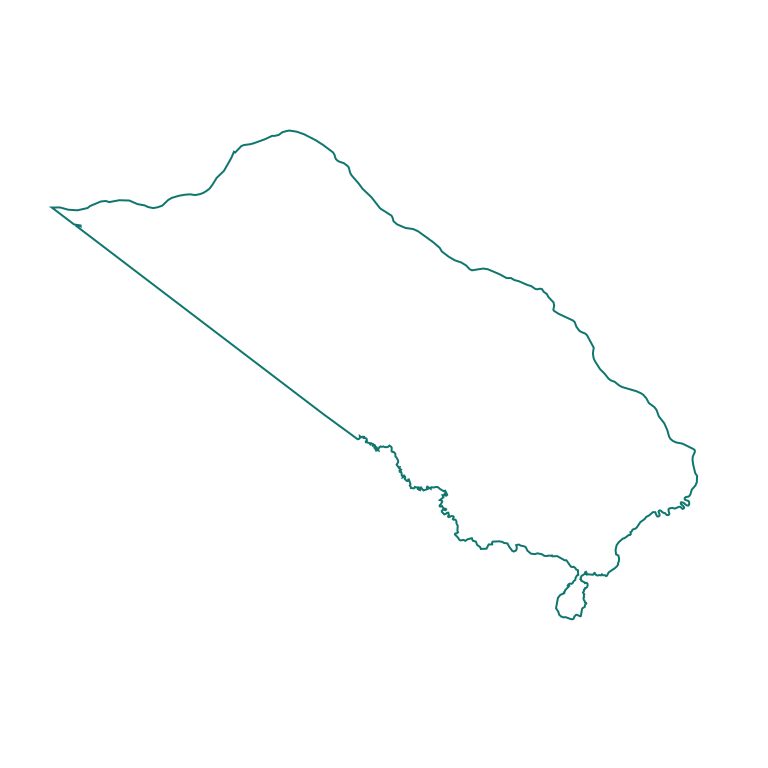 Yondó (Casabe), Antioquia, Colombia, rotated 259°
{"feature_id": "7082276B5745739675661", "entity_name": "Yondó (Casabe)", "entity_type": "district", "adm_level": 2, "iso_a3": "COL", "parent_name": "Colombia", "parent_adm1": "Antioquia", "projection": "orthographic", "projection_center": [-74.31, 6.963], "detail": "fine", "context": "isolated", "style": "outline", "palette": "teal", "viewbox_px": 768, "rotation_deg": 259, "n_neighbors": 0, "source": "geoboundaries", "source_scale": "gbopen_adm2", "svg_char_len": 6164}
<svg xmlns="http://www.w3.org/2000/svg" viewBox="0 0 768 768"><g transform="rotate(259 384 384)"><path d="M334.8,347.6L334.8,348.7L335.6,350.0L337.5,350.3L336.1,351.5L336.3,353.2L335.9,354.3L334.9,353.8L334.2,355.9L333.3,356.5L331.6,356.4L331.2,355.2L330.4,355.1L328.9,358.2L327.4,359.0L328.4,359.9L327.0,361.8L326.0,361.0L325.5,361.2L325.9,362.9L325.5,363.4L323.8,362.6L323.9,363.9L323.4,364.4L322.7,362.9L320.1,363.6L320.2,364.1L321.6,364.1L322.0,364.5L320.4,364.8L319.7,365.9L321.1,365.8L322.7,367.2L323.4,368.7L322.7,369.9L322.8,371.4L321.8,372.9L321.4,375.6L322.5,377.6L320.9,379.1L319.9,379.4L316.7,378.6L315.7,379.2L315.6,380.4L313.6,381.8L310.6,381.4L309.6,382.2L306.3,383.2L304.6,383.0L302.4,381.0L299.6,382.3L299.4,383.6L298.2,382.9L296.8,384.3L296.0,382.8L295.0,382.6L294.7,382.9L295.2,383.4L295.0,383.9L293.3,384.2L290.7,384.0L290.3,385.9L288.7,384.6L288.9,386.9L287.9,386.9L286.7,386.3L284.6,387.8L284.3,388.7L285.7,389.7L285.6,390.2L280.8,390.9L279.3,389.9L278.2,390.6L276.7,390.6L275.9,393.5L277.1,394.8L276.3,395.7L276.0,398.2L275.4,398.8L274.9,397.3L274.2,397.2L272.9,399.2L275.2,400.7L272.0,402.4L272.6,406.8L274.3,406.3L275.0,406.9L272.2,409.9L273.4,410.2L273.6,410.8L273.0,412.6L272.9,416.3L272.2,417.5L270.3,418.9L267.4,422.1L267.6,423.7L263.2,424.9L262.5,424.0L262.7,423.2L264.8,423.9L265.4,423.6L265.1,422.9L263.5,421.9L263.7,420.2L261.4,420.7L259.4,416.7L258.4,418.5L257.6,418.8L255.4,417.2L254.3,415.6L253.3,415.3L252.9,415.9L253.0,417.8L250.6,418.4L249.9,420.4L249.2,421.1L248.4,420.4L249.5,418.2L248.4,416.5L247.5,416.4L244.5,418.3L244.8,420.2L245.5,421.3L245.4,422.6L243.0,422.7L242.1,421.7L241.3,421.7L240.9,422.3L241.5,424.9L241.1,426.5L240.2,427.1L238.1,425.8L237.5,426.4L237.4,427.8L236.6,428.6L235.0,428.9L233.5,428.5L230.8,429.3L225.7,428.0L224.3,428.4L223.6,426.9L223.6,425.3L222.7,424.9L219.3,427.2L216.6,428.3L215.9,429.1L215.7,432.5L214.5,433.8L215.6,436.5L215.9,440.8L213.2,441.3L211.8,444.1L208.3,444.7L205.5,447.3L203.6,447.6L202.8,453.2L206.5,456.1L205.9,459.6L207.9,459.9L208.5,460.7L207.6,467.0L206.4,470.1L205.1,471.4L203.9,474.8L200.5,475.8L195.8,478.0L194.8,479.4L195.2,481.5L196.4,482.6L198.2,483.2L200.6,483.0L200.7,485.7L199.3,487.3L198.0,490.5L196.8,492.0L193.0,493.0L189.4,495.9L188.2,499.7L188.5,502.3L186.8,506.5L184.7,508.6L184.0,511.5L184.2,512.9L183.5,515.1L183.7,516.1L182.7,516.4L182.0,521.2L176.3,527.9L176.2,529.4L169.2,532.5L168.5,533.6L168.3,535.5L166.5,536.9L165.3,537.2L164.3,538.8L159.5,538.2L159.3,537.0L157.1,535.0L155.2,534.4L154.1,532.3L152.5,531.1L152.1,530.0L152.6,528.2L152.0,526.7L150.6,527.2L150.6,525.9L149.6,526.2L146.9,522.3L145.5,521.7L145.2,520.8L144.2,520.9L143.4,516.9L140.8,513.9L131.1,510.1L127.0,511.7L124.2,511.9L122.1,513.4L120.8,515.3L120.4,517.9L117.5,522.7L117.1,524.2L117.4,525.3L119.1,526.3L120.7,528.3L120.7,529.3L118.5,532.3L118.6,532.9L125.4,535.5L126.2,536.4L126.8,538.4L129.3,539.5L129.9,540.7L130.6,540.6L131.4,539.5L133.0,539.5L134.0,538.9L136.0,539.0L136.7,539.8L138.5,539.8L139.3,540.5L141.3,539.5L142.6,540.8L143.9,541.0L144.4,542.1L145.2,542.3L145.4,543.9L146.1,544.7L147.5,545.5L149.3,545.6L150.1,545.1L150.2,543.2L150.9,543.1L153.3,540.1L154.0,540.2L154.8,539.6L155.2,540.2L156.0,540.0L157.8,541.2L159.4,545.0L160.8,545.5L161.1,546.4L159.2,547.0L158.9,545.8L158.1,546.8L158.3,547.8L156.9,552.7L158.4,554.6L157.9,555.1L157.2,554.6L155.3,556.8L155.3,559.1L154.7,560.6L155.6,561.6L154.4,562.7L154.0,564.6L153.1,565.3L153.3,566.3L156.3,568.7L159.1,575.4L160.7,578.0L162.3,579.5L163.3,579.5L165.0,580.6L167.7,581.5L171.0,581.3L172.5,579.3L176.8,579.6L181.4,581.6L184.0,584.4L186.6,588.8L186.9,591.0L189.1,595.5L188.9,596.9L189.7,597.7L191.5,597.6L191.9,598.9L193.6,600.2L194.1,603.2L194.7,604.5L199.5,609.3L201.7,614.1L203.6,616.2L204.3,619.0L206.9,623.5L206.4,625.8L202.9,626.5L201.8,627.1L201.6,628.3L202.2,629.3L203.8,629.6L206.2,629.1L207.0,629.6L207.3,630.6L206.8,631.6L204.6,633.2L203.6,635.2L201.6,636.5L201.1,637.6L201.3,638.7L202.3,639.4L205.4,639.1L207.0,639.6L207.4,640.4L207.4,643.4L206.2,645.8L207.2,650.3L206.9,651.4L204.4,653.3L204.6,654.4L205.3,655.0L206.6,654.8L209.5,652.6L210.8,652.6L211.2,653.2L210.5,655.1L207.1,658.0L206.6,659.6L207.8,660.7L210.1,661.0L211.1,660.5L212.8,657.6L213.8,657.2L214.8,657.5L215.4,658.6L215.4,661.4L216.0,662.6L217.7,664.0L221.5,665.9L224.9,670.3L227.8,672.3L234.1,673.8L237.1,672.5L246.1,672.1L250.9,672.4L253.9,673.3L258.0,676.2L259.8,676.4L261.3,675.1L268.5,665.6L270.9,659.6L273.1,656.6L275.5,654.7L278.0,653.8L284.6,653.3L292.0,651.6L299.8,647.6L306.4,646.6L309.7,645.0L314.7,640.4L320.1,638.7L324.0,636.4L325.8,634.6L328.8,630.3L335.6,617.1L338.1,614.2L342.0,611.0L344.2,607.5L346.3,605.5L351.9,602.6L357.2,599.0L366.2,595.4L369.2,594.7L372.8,594.8L374.8,595.1L379.6,596.8L393.1,592.6L395.0,591.3L397.7,587.2L399.1,585.8L403.5,583.8L408.4,583.0L410.2,581.7L419.5,568.9L423.3,564.9L424.5,564.4L428.5,566.0L431.7,566.0L438.2,561.9L441.4,561.0L443.7,558.6L447.2,557.0L447.8,555.0L447.7,552.4L448.5,550.6L452.1,547.1L453.7,543.9L459.2,535.9L461.2,531.7L463.7,529.0L464.6,524.5L469.4,518.8L476.8,507.9L478.4,503.4L478.8,492.1L480.3,490.0L484.5,487.4L488.5,483.1L492.0,477.0L496.6,471.8L503.1,466.0L507.0,464.7L513.5,459.6L527.5,446.5L530.6,442.1L533.0,435.0L538.2,427.3L542.0,424.4L546.0,424.1L547.9,423.4L557.0,413.8L569.9,407.2L579.7,400.2L585.6,397.4L595.0,392.0L597.7,391.1L603.5,390.7L605.0,389.8L608.3,386.9L611.2,381.9L612.4,380.8L613.8,379.8L615.7,379.3L618.3,379.2L621.0,378.2L630.2,369.9L636.4,363.4L644.4,353.2L648.3,346.5L650.8,339.7L650.9,337.2L650.6,332.4L648.6,328.2L648.4,324.5L648.9,321.4L646.9,313.4L645.2,302.2L644.9,298.9L645.3,292.0L644.8,289.4L639.6,282.0L640.6,281.0L635.1,277.3L623.8,267.6L618.3,259.1L612.3,253.6L609.0,249.9L607.4,246.6L606.1,243.2L605.5,239.7L605.5,234.7L607.2,229.8L607.8,224.7L607.9,218.4L607.2,211.2L605.9,207.4L601.4,200.4L600.7,195.9L600.7,191.1L602.7,186.2L605.0,183.1L607.6,176.4L612.7,169.0L614.9,159.3L615.0,149.0L616.7,145.9L617.2,141.0L614.8,129.4L613.3,126.6L613.0,116.2L615.3,107.4L619.1,99.7L620.6,91.6L599.8,110.2L597.5,116.4L596.6,116.3L597.6,114.9L597.7,113.5L598.5,111.5L366.7,318.1L334.8,347.6Z" fill="none" stroke="#0f766e" stroke-width="2"/></g></svg>